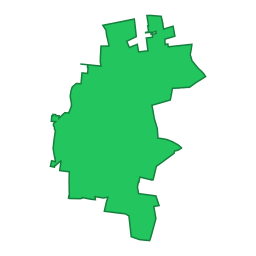 outline of Tepakán, Yucatán, Mexico
{"feature_id": "50627088B22415210439928", "entity_name": "Tepakán", "entity_type": "district", "adm_level": 2, "iso_a3": "MEX", "parent_name": "Mexico", "parent_adm1": "Yucatán", "projection": "mercator", "projection_center": [-89.004, 21.063], "detail": "fine", "context": "isolated", "style": "filled", "palette": "green", "viewbox_px": 256, "rotation_deg": 0, "n_neighbors": 0, "source": "geoboundaries", "source_scale": "gbopen_adm2", "svg_char_len": 2774}
<svg xmlns="http://www.w3.org/2000/svg" viewBox="0 0 256 256"><path d="M150.9,236.9L155.9,218.6L153.8,206.4L159.1,205.6L155.9,195.9L138.6,193.6L137.4,187.0L138.5,181.9L138.9,182.0L138.9,181.9L139.9,177.1L149.4,179.4L150.5,179.7L151.8,180.0L151.8,179.5L153.1,179.8L153.4,178.5L153.6,177.8L156.2,166.9L156.3,166.4L174.0,153.4L174.6,151.0L177.8,150.3L181.4,148.2L181.5,148.1L181.5,147.8L178.4,145.1L172.6,141.8L166.8,139.5L162.5,138.7L157.7,138.0L157.9,135.7L157.6,133.7L157.5,131.3L157.3,128.6L154.2,118.1L153.4,113.3L152.8,109.6L151.9,105.3L170.3,100.0L172.5,88.3L179.6,88.0L180.9,87.7L183.6,87.7L187.4,87.3L187.9,87.4L189.5,87.3L190.2,86.8L191.7,85.7L192.0,85.5L195.8,82.7L205.6,76.6L203.7,73.7L201.7,71.5L198.4,68.5L192.8,61.7L192.1,60.9L191.4,58.7L191.2,57.8L190.7,56.2L190.3,54.8L190.3,54.6L190.3,54.3L191.2,49.4L191.8,45.3L191.9,44.3L168.3,46.8L167.8,43.9L165.2,44.6L164.8,39.2L174.9,36.2L173.1,26.2L163.6,29.1L162.7,23.8L162.9,23.8L161.2,16.3L150.3,15.4L146.9,15.5L148.5,25.6L148.4,25.6L148.1,25.6L147.7,25.7L147.8,26.2L147.9,26.6L147.9,27.1L148.0,27.6L148.1,28.1L148.1,28.6L148.2,29.1L148.3,29.4L148.3,29.7L148.4,30.1L148.4,30.6L148.5,31.1L148.6,31.6L148.7,32.0L148.4,32.0L147.9,32.0L147.3,32.1L146.8,32.2L146.4,32.3L146.0,32.3L145.6,32.4L145.6,32.8L148.4,32.5L150.8,32.3L151.1,34.4L152.3,34.2L152.1,32.5L155.0,31.7L155.9,31.3L156.1,33.4L152.4,34.4L152.6,37.2L146.3,38.0L146.9,42.5L147.7,49.0L148.0,50.8L138.6,51.9L137.3,44.3L129.4,47.5L126.7,41.3L136.3,36.6L135.8,32.1L135.3,27.4L134.3,19.0L102.8,25.3L106.0,30.2L106.5,34.6L108.0,41.1L108.9,45.3L108.9,46.1L101.0,46.1L100.4,56.8L100.3,62.2L101.1,66.1L80.3,64.0L87.7,64.8L87.5,67.6L88.1,67.6L87.6,73.4L82.0,72.9L81.0,83.8L79.0,83.6L77.2,83.5L76.3,83.5L72.6,86.7L72.0,87.6L71.2,90.1L70.9,91.8L70.5,93.9L70.3,95.4L70.3,97.1L70.6,99.1L71.3,102.2L71.4,104.1L71.4,106.1L71.2,106.4L71.3,106.5L69.3,111.6L68.9,112.0L68.8,113.0L66.2,112.8L64.8,112.7L59.0,118.2L59.2,115.8L55.9,115.7L55.7,114.6L52.9,114.4L52.8,115.8L51.8,115.8L51.3,121.3L55.6,121.6L55.2,121.9L55.1,122.1L53.6,123.5L53.4,124.1L53.4,124.5L53.3,125.2L53.8,126.3L54.3,127.0L54.5,127.8L54.4,128.5L54.5,129.3L55.2,130.2L55.5,131.6L55.2,131.8L54.9,133.9L54.0,140.1L53.5,144.7L53.2,147.5L53.1,148.7L53.1,148.8L53.2,149.0L54.7,157.7L54.9,157.7L55.3,160.9L55.4,161.7L51.6,160.7L50.5,166.1L50.4,166.3L54.4,167.2L54.7,165.6L55.5,165.6L55.5,165.4L60.8,160.9L61.0,161.0L59.7,170.6L69.3,171.8L69.1,180.8L69.3,195.9L68.8,195.9L68.6,197.5L68.5,198.2L70.0,198.3L69.9,198.5L74.7,198.6L80.2,198.7L82.0,198.3L82.2,197.6L82.3,197.6L91.2,199.3L95.4,199.7L95.0,196.6L103.2,198.0L107.9,197.3L107.3,199.2L106.5,201.6L104.3,211.3L125.6,213.9L128.3,215.6L128.9,215.8L131.2,236.7L139.5,239.6L144.0,240.1L149.6,240.6L150.9,236.9Z" fill="#22c55e" stroke="#15803d" stroke-width="1.5"/></svg>